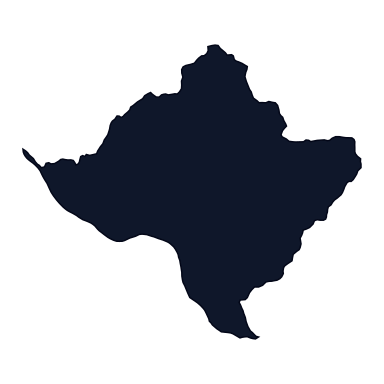 Novo Horizonte, São Paulo, Brazil (orthographic projection)
{"feature_id": "56859067B45221197904783", "entity_name": "Novo Horizonte", "entity_type": "district", "adm_level": 2, "iso_a3": "BRA", "parent_name": "Brazil", "parent_adm1": "São Paulo", "projection": "orthographic", "projection_center": [-49.295, -21.479], "detail": "fine", "context": "isolated", "style": "filled", "palette": "ink", "viewbox_px": 384, "rotation_deg": 0, "n_neighbors": 0, "source": "geoboundaries", "source_scale": "gbopen_adm2", "svg_char_len": 4073}
<svg xmlns="http://www.w3.org/2000/svg" viewBox="0 0 384 384"><path d="M351.2,181.4L353.2,179.6L355.4,176.2L356.7,174.0L357.8,170.8L361.0,167.7L361.0,164.0L360.4,161.6L360.6,158.8L357.4,156.3L355.4,153.7L354.8,151.7L354.8,147.8L354.7,144.7L354.8,141.7L354.0,139.5L351.9,137.9L349.3,137.8L345.7,137.7L342.8,137.3L339.4,136.7L335.6,136.7L332.2,138.2L329.6,140.4L327.5,140.7L324.3,139.9L321.3,140.1L317.1,140.4L310.7,141.6L308.7,140.3L306.0,140.0L303.5,141.8L295.9,142.0L293.6,141.9L289.0,141.3L286.3,139.0L282.2,136.9L281.0,134.8L282.5,130.7L284.3,128.4L286.5,126.1L285.7,124.0L283.8,120.6L282.7,117.3L280.8,115.6L279.4,113.5L278.9,110.0L277.6,105.4L275.3,102.8L272.7,102.4L268.8,101.5L265.8,102.8L262.2,102.6L259.0,102.7L257.1,100.8L253.4,98.1L252.1,94.9L251.2,91.9L249.5,89.4L246.3,81.4L244.9,76.7L245.3,74.4L245.8,72.1L246.9,69.4L247.3,66.5L244.7,65.0L242.1,63.4L238.6,61.9L236.4,61.2L234.3,59.7L233.3,55.9L231.6,54.7L227.1,55.1L225.4,52.8L223.3,51.0L220.2,48.4L218.1,45.5L215.1,45.1L211.8,45.6L207.9,46.6L208.2,50.6L206.8,53.6L204.2,55.7L201.6,55.9L198.7,58.1L196.8,60.1L194.4,63.2L190.6,64.4L187.9,65.0L185.8,65.5L183.1,66.9L181.7,69.6L181.8,73.1L182.9,77.1L181.5,81.0L181.7,85.0L181.5,88.7L179.5,91.9L177.3,94.0L174.8,93.8L172.1,94.3L168.3,94.9L165.6,94.0L163.5,94.3L161.5,94.9L159.2,97.1L156.4,97.1L154.3,95.7L152.2,94.1L150.6,92.5L148.0,93.7L144.7,95.7L142.7,98.7L139.8,100.5L137.4,102.0L135.6,103.5L133.2,105.5L130.7,107.1L129.8,109.9L127.7,112.1L124.6,114.7L123.2,116.4L121.1,117.5L119.1,116.1L117.0,116.0L114.9,119.2L112.4,121.1L111.2,122.9L110.2,125.5L109.6,129.1L108.8,131.8L107.8,134.8L106.1,137.4L104.3,139.9L102.9,143.7L100.5,146.6L99.1,148.8L97.7,151.0L96.6,153.8L89.7,155.4L86.3,154.5L84.9,156.5L82.6,155.6L80.7,156.6L80.0,159.2L79.3,162.2L78.0,164.1L75.9,164.9L74.7,162.5L73.3,160.5L70.9,159.9L67.9,160.0L65.1,159.6L62.8,159.1L60.7,159.5L58.7,161.2L54.6,163.6L50.9,163.9L48.8,162.7L46.1,163.3L44.5,166.9L41.4,167.7L39.2,165.3L37.4,164.2L35.3,161.8L33.4,158.6L31.3,156.8L29.3,155.1L27.6,152.7L25.6,150.9L23.0,149.2L23.3,152.0L24.1,154.2L25.3,156.2L26.8,158.1L28.3,159.5L30.4,161.2L32.9,163.0L35.2,165.0L38.0,167.9L40.1,170.7L42.6,175.9L43.7,177.9L44.8,179.8L47.1,183.4L49.3,188.3L51.2,192.3L53.4,195.7L56.5,199.8L59.5,203.3L63.2,207.1L65.2,208.8L67.3,210.4L69.6,211.7L72.6,213.2L76.6,215.5L78.8,217.2L82.9,219.7L85.4,220.6L87.7,221.5L90.8,222.9L92.8,224.2L94.9,225.9L97.6,229.1L99.3,230.8L101.7,232.6L104.1,234.5L107.9,237.3L110.3,238.7L113.5,240.2L116.5,241.2L119.4,241.3L122.4,241.2L124.6,240.5L129.8,238.0L133.4,236.9L135.6,236.2L139.3,234.4L142.1,234.1L146.8,234.6L151.6,236.2L153.9,236.8L158.6,238.6L163.0,240.0L166.6,241.5L168.5,242.4L170.3,243.7L173.7,246.8L175.4,249.2L177.2,252.4L178.2,254.7L178.6,257.2L179.8,260.3L180.3,263.4L181.0,266.9L181.4,269.7L181.8,272.2L181.9,276.2L182.5,280.0L183.1,282.5L184.8,285.8L186.4,289.7L187.8,293.1L189.8,297.5L197.4,302.7L200.6,305.5L203.4,308.5L204.7,310.2L205.9,312.5L208.8,318.7L209.4,321.3L211.0,322.8L212.4,324.9L216.8,328.7L219.5,330.5L221.3,331.8L228.0,332.5L230.6,332.9L233.0,333.8L237.1,336.2L240.0,337.9L242.3,337.2L245.1,336.8L247.3,336.7L250.6,338.0L253.0,338.6L255.5,338.9L258.5,337.0L256.0,336.3L254.0,334.3L252.4,332.6L250.4,331.0L247.9,326.6L246.1,321.6L245.3,317.5L243.7,313.4L243.0,310.7L241.8,308.3L240.5,305.0L239.1,302.4L240.2,300.0L245.2,299.6L247.3,297.6L249.5,292.7L251.9,289.6L254.5,287.0L258.6,287.0L262.6,285.3L264.4,283.5L266.1,281.9L269.0,281.3L271.7,281.2L274.1,280.7L277.0,280.2L279.8,278.7L281.7,276.8L283.3,273.6L283.0,271.1L283.6,267.6L284.8,265.8L287.9,263.5L292.0,260.8L292.6,257.1L293.2,254.3L296.9,251.2L299.1,249.7L300.1,247.6L301.0,243.9L300.6,241.3L300.1,238.2L301.6,235.4L302.5,233.1L303.2,230.1L306.4,229.0L309.6,227.5L313.1,224.0L314.4,220.7L317.1,219.7L320.3,220.2L323.5,220.2L325.6,219.1L326.4,217.0L326.5,214.8L327.4,212.0L327.6,209.4L328.3,206.8L331.0,204.9L332.6,202.2L334.5,200.0L337.4,197.9L339.3,196.2L341.0,194.8L342.5,192.4L343.8,189.3L344.7,186.7L345.9,184.6L347.0,182.7L348.8,181.4L351.2,181.4Z" fill="#0f172a" stroke="#020617" stroke-width="1.5"/></svg>